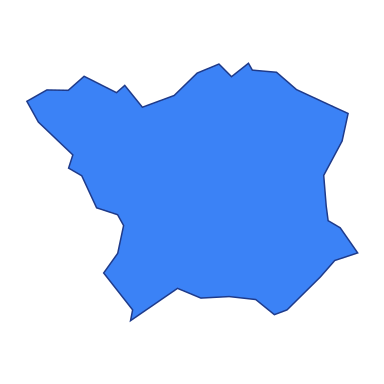 Madison, Georgia, United States of America, rotated 181°
{"feature_id": "52423323B87316912703602", "entity_name": "Madison", "entity_type": "district", "adm_level": 2, "iso_a3": "USA", "parent_name": "United States of America", "parent_adm1": "Georgia", "projection": "orthographic", "projection_center": [-83.203, 34.136], "detail": "fine", "context": "isolated", "style": "filled", "palette": "blue", "viewbox_px": 384, "rotation_deg": 181, "n_neighbors": 0, "source": "geoboundaries", "source_scale": "gbopen_adm2", "svg_char_len": 666}
<svg xmlns="http://www.w3.org/2000/svg" viewBox="0 0 384 384"><g transform="rotate(181 192 192)"><path d="M25.3,134.0L43.2,158.8L55.4,165.7L57.6,180.5L60.6,210.9L42.8,245.6L37.3,273.2L58.2,282.4L89.3,296.2L109.6,313.2L133.8,314.9L137.8,321.7L154.5,308.0L167.3,320.4L188.9,311.0L211.5,288.2L243.1,275.9L261.1,297.4L269.2,290.0L301.9,305.8L317.5,291.5L338.9,291.5L358.7,279.8L346.8,259.2L311.8,227.0L315.8,213.7L302.5,206.3L287.1,174.5L266.0,168.0L259.8,157.3L265.2,129.4L278.9,109.5L249.3,73.1L251.2,62.3L204.8,95.4L181.3,86.1L153.0,88.1L126.4,85.6L107.5,70.8L94.9,75.8L62.2,109.3L48.1,126.0L25.3,134.0Z" fill="#3b82f6" stroke="#1e3a8a" stroke-width="1.5"/></g></svg>